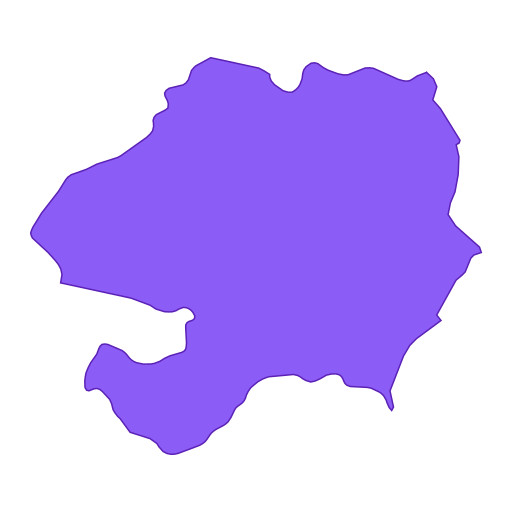 Wicklow, Natural Earth projection
{"feature_id": "IRL-719", "entity_name": "Wicklow", "entity_type": "County", "adm_level": 1, "iso_a3": "IRL", "parent_name": "Ireland", "parent_adm1": "", "projection": "natural_earth1", "projection_center": [-6.415, 52.953], "detail": "fine", "context": "isolated", "style": "filled", "palette": "violet", "viewbox_px": 512, "rotation_deg": 0, "n_neighbors": 0, "source": "natural_earth", "source_scale": "10m", "svg_char_len": 2869}
<svg xmlns="http://www.w3.org/2000/svg" viewBox="0 0 512 512"><path d="M426.6,72.3L426.7,72.5L433.4,78.8L436.8,86.8L432.8,99.9L440.4,108.6L460.0,140.3L459.1,143.0L458.7,143.5L458.2,143.4L456.2,144.8L458.9,156.8L458.2,174.5L455.0,191.9L450.4,202.9L448.1,214.6L455.6,225.9L479.5,247.1L481.3,252.5L473.9,255.0L470.8,258.2L465.2,271.9L462.2,275.0L456.0,280.2L436.7,315.0L441.0,320.5L416.5,338.6L409.8,345.4L403.5,356.0L390.0,390.9L393.5,407.1L391.7,410.5L389.2,407.6L387.0,402.7L386.2,400.2L383.7,395.8L382.1,394.2L380.9,393.1L379.4,392.1L371.2,388.2L367.4,387.4L350.2,386.5L346.9,385.2L345.0,383.5L343.8,381.2L342.8,378.7L341.3,376.4L339.3,374.8L335.9,373.9L331.5,374.0L326.5,375.1L319.7,379.0L315.1,381.0L310.7,382.0L305.7,380.4L302.7,378.7L300.2,376.8L297.5,375.4L293.3,374.5L268.5,376.8L263.1,378.8L257.9,381.7L250.8,387.6L248.1,391.6L246.3,395.3L245.5,398.1L244.2,400.6L242.5,402.7L240.5,404.3L238.2,405.9L236.1,407.6L234.6,409.9L230.9,417.6L228.0,421.9L226.0,423.7L223.7,425.3L216.0,429.4L213.7,431.0L211.6,432.8L209.9,434.9L206.9,439.4L205.2,441.5L202.7,443.5L199.7,445.3L178.1,453.4L174.9,454.1L171.2,454.3L167.0,453.5L163.1,451.5L159.0,446.9L156.9,443.5L150.0,438.6L130.1,432.3L120.1,418.6L117.7,416.4L115.0,412.9L113.1,409.7L111.6,403.7L109.6,399.3L102.3,391.4L99.7,389.4L97.0,388.5L94.1,388.8L89.0,390.8L86.6,390.2L85.0,387.4L84.8,380.9L85.3,376.8L86.0,373.0L88.1,367.8L90.6,362.9L96.8,354.1L98.8,348.7L100.1,346.2L102.0,344.4L105.0,344.0L108.0,344.5L122.0,350.5L124.2,352.1L126.2,354.0L129.5,358.1L131.4,359.9L133.6,361.4L136.5,362.7L143.4,364.1L150.9,364.0L154.3,363.4L159.9,361.3L164.6,358.3L170.0,355.8L182.0,352.3L184.5,350.8L185.9,348.6L186.3,345.7L186.5,342.7L185.7,327.6L185.8,324.8L187.0,322.7L189.0,321.4L191.6,320.6L193.1,319.9L194.6,318.3L194.7,315.7L192.9,312.4L191.3,310.5L189.0,308.8L186.4,307.7L183.3,307.4L178.8,309.1L175.8,310.8L172.2,311.8L168.5,311.9L164.5,311.7L155.8,309.0L150.3,305.3L130.9,298.1L60.6,282.9L62.0,274.5L60.8,269.0L58.4,264.5L55.2,260.4L48.1,252.5L32.4,238.0L31.3,235.6L30.7,233.1L31.4,230.6L32.9,227.2L41.5,213.2L58.5,191.3L65.7,179.8L67.8,177.2L71.3,174.7L86.3,169.4L96.9,164.1L117.6,157.5L120.6,155.9L146.5,137.5L150.3,133.9L152.6,130.8L153.6,126.5L153.5,123.5L153.1,120.4L154.0,117.4L156.3,114.6L165.0,110.2L167.9,108.1L168.3,103.8L167.5,100.9L165.0,95.9L164.6,93.1L166.1,90.5L169.0,88.3L183.1,84.9L186.0,82.9L188.4,79.8L191.5,70.5L194.1,67.4L195.9,65.8L210.7,57.7L258.8,68.1L264.0,70.8L269.7,74.4L269.7,77.1L271.2,80.9L274.5,84.7L283.0,90.7L288.1,92.2L292.1,92.2L294.3,90.8L296.5,89.1L298.4,87.0L299.9,84.6L302.0,79.2L302.8,73.2L303.8,69.9L306.1,66.7L311.1,63.2L314.6,62.8L317.8,63.6L323.3,67.6L328.1,70.2L337.9,73.8L343.6,74.9L348.0,74.8L365.1,68.0L369.6,67.8L373.5,68.3L398.3,79.4L403.0,80.7L406.2,81.1L409.3,80.8L411.5,79.7L417.3,75.9L426.5,72.4L426.6,72.3Z" fill="#8b5cf6" stroke="#5b21b6" stroke-width="1.5"/></svg>